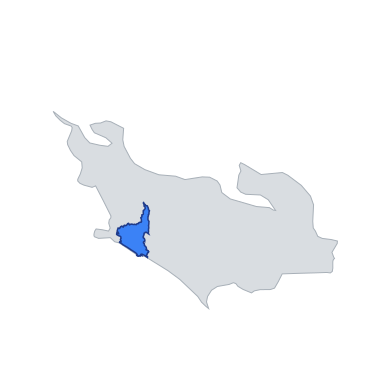 Limon, Limón, Costa Rica (highlighted), rotated 153°
{"feature_id": "36466004B50274844038256", "entity_name": "Limon", "entity_type": "district", "adm_level": 2, "iso_a3": "CRI", "parent_name": "Costa Rica", "parent_adm1": "Limón", "projection": "equal_earth", "projection_center": [-83.21, 9.776], "detail": "fine", "context": "in_parent", "style": "filled", "palette": "blue", "viewbox_px": 384, "rotation_deg": 153, "n_neighbors": 0, "source": "geoboundaries", "source_scale": "gbopen_adm2", "svg_char_len": 7032}
<svg xmlns="http://www.w3.org/2000/svg" viewBox="0 0 384 384"><g transform="rotate(153 192 192)"><path d="M299.3,196.5L299.0,198.1L297.9,199.7L296.3,201.4L294.2,202.6L289.1,199.1L284.1,195.1L281.3,197.0L280.3,202.1L278.4,204.7L276.1,205.8L275.1,207.5L275.0,224.8L275.1,241.2L278.9,241.5L285.2,247.2L287.9,250.6L288.8,253.7L288.0,255.2L283.4,258.7L278.9,263.3L276.6,268.9L280.6,278.0L281.4,284.2L281.3,290.6L280.2,293.7L271.4,301.2L269.5,303.8L269.8,305.7L274.6,310.8L276.9,315.8L278.8,321.7L279.1,326.9L274.7,317.3L268.6,308.1L263.4,302.5L262.9,289.2L260.8,282.1L252.9,275.5L246.1,270.8L241.1,271.8L244.1,279.4L252.1,289.1L252.6,292.9L252.5,297.9L247.0,297.1L242.2,295.0L236.3,294.4L232.4,291.4L224.0,279.8L230.0,269.9L231.8,263.4L231.6,249.9L230.3,243.3L223.9,233.4L213.7,222.4L199.4,213.5L192.7,206.3L176.0,200.8L169.6,197.2L164.6,190.4L163.9,185.5L165.7,178.0L161.1,168.5L141.2,149.8L130.1,142.9L127.7,138.9L125.9,137.6L127.6,150.5L132.4,158.3L145.2,165.6L148.6,169.8L150.0,175.3L142.6,185.8L138.9,188.5L137.8,194.3L135.3,196.0L132.8,192.7L122.5,176.2L102.6,168.3L99.0,163.4L91.6,148.3L88.3,134.6L89.5,125.4L97.7,111.1L100.3,104.9L99.8,101.1L100.1,95.4L97.0,91.5L89.5,86.4L84.7,82.3L86.0,80.2L94.7,74.7L95.3,69.7L95.2,68.0L96.6,67.7L97.9,66.4L98.7,65.0L101.1,60.2L103.1,57.5L105.5,57.1L108.4,59.1L119.3,64.2L131.5,70.0L148.8,78.1L155.9,72.9L162.1,68.9L166.4,69.5L175.7,74.1L181.3,75.6L184.8,75.1L190.7,82.0L193.9,87.1L194.5,90.5L196.3,92.4L200.9,92.8L212.3,96.3L219.2,95.6L225.5,91.9L229.0,87.5L230.1,80.6L231.6,84.0L233.5,89.4L234.3,96.3L242.5,119.5L249.0,132.6L263.3,156.2L269.4,160.6L279.9,179.6L283.5,182.8L285.5,188.4L296.3,193.1L299.3,196.5Z" fill="#d9dde1" stroke="#a8b0b8" stroke-width="1"/><path d="M279.7,180.6L278.8,178.9L277.8,177.2L277.6,176.6L277.2,175.9L275.2,172.8L273.3,169.5L273.1,169.0L272.9,168.8L272.8,168.3L272.3,167.7L272.0,167.1L271.9,167.0L271.5,166.4L271.5,166.2L270.5,164.6L270.3,164.1L270.0,163.8L269.5,162.5L269.3,161.8L269.3,161.4L269.3,161.0L269.6,161.0L269.9,160.9L270.0,160.9L270.0,160.6L269.5,160.1L269.7,159.8L269.6,159.6L269.4,159.5L269.0,159.2L268.8,159.2L268.6,159.0L268.4,159.0L268.4,158.9L268.0,158.8L267.7,158.9L267.2,158.9L267.3,158.8L267.3,158.7L267.2,158.5L266.9,158.8L266.8,158.7L266.4,158.7L266.2,158.8L266.1,158.7L266.2,159.1L266.1,159.3L266.1,159.5L265.6,159.7L265.1,159.5L264.7,159.2L264.9,159.0L265.3,159.0L265.5,158.8L265.5,158.7L265.0,158.4L264.9,158.4L264.6,158.8L264.4,158.8L264.3,158.7L264.0,158.3L263.7,158.0L263.4,157.5L262.8,156.5L262.4,155.7L262.2,155.3L261.9,154.8L261.7,154.5L261.4,153.9L261.0,154.4L261.0,154.5L261.2,155.1L261.4,155.3L261.5,155.7L261.6,156.2L261.3,156.4L261.2,156.4L260.8,156.5L260.5,156.8L260.2,156.9L260.1,157.2L259.8,157.5L259.6,157.6L259.4,157.6L259.2,157.7L259.0,157.9L258.8,158.2L258.7,158.2L258.3,158.0L258.2,158.2L257.7,158.4L257.8,158.6L257.7,159.1L257.7,159.6L258.1,160.0L258.3,160.5L258.5,160.6L258.6,160.8L258.7,161.1L259.0,161.2L259.1,161.3L259.1,161.5L258.9,161.7L258.7,161.7L258.6,161.8L258.4,161.9L258.1,162.8L258.0,163.2L258.0,164.3L258.1,164.8L258.3,165.1L258.5,165.4L258.6,165.7L258.6,166.1L258.2,167.0L258.0,167.3L258.0,167.6L258.4,168.3L258.3,168.9L258.0,169.3L257.9,169.5L257.5,169.7L257.1,169.6L256.9,169.4L256.7,169.2L256.3,170.1L255.9,170.3L255.8,170.5L255.8,171.0L255.7,171.4L255.6,171.8L255.7,172.4L255.7,172.5L255.9,172.6L256.0,173.0L256.2,173.3L256.2,173.5L255.7,174.2L255.7,174.5L255.1,174.9L255.0,175.1L254.6,175.4L254.4,175.5L254.0,175.9L254.0,176.0L254.0,176.3L253.8,176.4L253.4,177.0L253.1,176.9L252.6,177.1L252.4,177.0L252.2,177.2L252.0,177.3L251.6,177.2L251.3,177.0L251.0,176.9L250.9,176.8L250.8,176.6L250.7,176.2L250.5,175.9L250.3,175.7L250.2,175.5L250.0,175.4L250.0,174.9L249.9,174.7L249.7,174.4L249.7,174.7L249.6,175.1L249.4,175.2L249.3,175.7L249.1,176.1L248.9,176.3L248.5,176.7L248.4,176.9L248.4,177.3L247.8,178.3L247.7,178.5L247.5,178.9L247.4,178.9L247.1,179.2L246.7,179.8L246.5,180.5L246.0,181.4L245.9,181.7L245.9,182.1L245.4,182.4L245.1,183.0L244.8,183.4L244.1,184.7L243.7,185.2L243.7,185.8L243.8,186.5L243.8,187.0L243.7,187.6L243.1,188.7L242.9,189.0L242.7,189.5L242.4,189.9L242.3,190.2L242.0,190.3L241.8,190.4L241.7,190.6L241.5,190.8L241.4,191.1L241.2,191.6L240.8,191.6L240.6,191.9L240.3,192.0L240.2,192.3L239.9,192.7L239.8,193.1L239.7,193.2L239.1,193.9L239.0,194.2L238.7,194.3L238.4,194.6L238.4,194.8L238.5,195.1L238.8,196.0L238.6,196.5L238.4,196.8L238.4,197.2L238.2,197.7L238.2,198.3L238.2,199.2L238.1,199.6L238.1,199.8L238.2,200.1L238.8,200.5L239.2,200.9L239.3,201.1L239.4,202.1L239.7,202.6L239.9,203.0L239.9,203.6L239.9,203.8L239.9,204.5L240.4,204.3L240.4,204.2L240.3,203.5L240.3,203.2L240.6,202.4L240.7,202.0L240.9,201.6L241.1,201.2L241.1,200.9L240.8,200.7L240.7,200.2L240.7,199.8L240.7,199.7L240.9,199.4L241.0,199.0L241.1,198.6L241.4,198.4L241.6,198.3L242.1,198.1L242.3,197.9L242.7,197.8L243.3,197.7L243.7,197.6L243.9,197.5L244.0,197.3L244.1,196.8L244.5,196.5L244.6,196.1L244.8,195.8L244.9,195.5L245.0,195.3L245.1,194.9L245.4,194.5L245.7,194.3L246.0,194.2L246.7,194.3L247.0,194.4L247.2,194.2L247.3,193.7L247.7,193.2L247.8,192.9L247.9,192.6L249.1,192.4L249.4,192.2L249.4,191.7L249.3,191.2L249.5,190.7L249.7,190.3L249.8,190.2L250.1,189.4L250.2,188.9L250.9,188.2L251.1,188.2L251.2,188.4L251.7,188.6L251.8,188.5L252.0,188.6L252.4,188.6L252.8,188.7L252.9,188.8L253.2,188.8L253.4,188.6L253.6,188.6L253.9,188.3L254.0,188.2L254.2,188.4L254.5,188.5L255.2,188.5L255.6,188.6L256.1,188.4L256.1,188.6L256.8,188.5L257.0,188.7L257.3,188.8L257.7,189.0L257.9,189.4L258.4,189.4L258.9,189.6L259.3,189.9L259.5,190.2L259.7,190.3L259.8,190.4L260.1,190.4L260.4,190.7L260.4,190.8L260.8,190.9L261.0,191.1L261.3,191.1L261.6,191.1L262.1,191.2L262.3,191.0L262.5,191.0L262.8,191.5L262.8,191.8L262.7,192.2L262.6,192.5L262.7,192.8L263.1,192.8L263.2,193.0L263.3,193.0L263.8,193.0L264.2,192.6L264.5,192.6L264.9,192.4L265.3,192.1L265.5,192.0L266.1,192.2L266.5,192.2L266.7,192.5L266.8,192.7L267.1,192.7L267.4,193.1L267.5,193.1L267.8,192.9L268.0,192.9L268.3,192.6L268.4,192.4L268.6,192.4L269.0,192.1L269.3,192.0L269.5,192.3L269.6,192.7L269.7,193.0L269.8,193.3L270.0,193.5L270.3,193.5L270.4,193.4L270.5,193.3L270.8,193.5L271.1,193.5L271.6,193.4L271.8,193.3L272.1,192.9L272.4,192.9L272.5,192.7L272.8,192.6L273.0,192.6L273.3,192.5L273.8,193.2L274.3,193.4L274.4,193.2L274.5,193.0L274.8,192.8L275.1,192.7L275.4,192.2L275.6,192.0L275.9,191.8L276.2,191.4L276.3,191.0L276.2,190.6L276.2,190.0L276.2,189.7L276.1,189.1L276.1,188.6L276.2,188.3L276.3,188.4L276.4,188.5L276.5,188.4L276.8,188.6L276.9,188.8L277.1,189.1L277.4,189.4L277.5,189.7L277.7,189.4L277.8,189.2L278.2,188.9L278.4,188.5L278.3,188.0L277.9,187.5L277.7,187.1L277.5,186.7L277.3,186.6L277.2,186.3L276.8,186.0L276.5,185.6L276.3,185.4L276.1,185.2L275.9,184.6L275.8,184.2L276.1,183.6L276.2,183.2L276.4,182.8L276.8,182.7L277.0,182.5L277.4,182.1L277.5,181.9L277.6,181.6L277.5,181.1L277.5,180.8L277.4,180.8L277.4,180.7L277.5,180.6L277.5,180.4L277.6,180.2L277.9,180.1L278.0,179.9L278.3,180.2L278.9,180.5L279.4,180.4L279.7,180.6Z" fill="#3b82f6" stroke="#1e3a8a" stroke-width="1.5"/></g></svg>